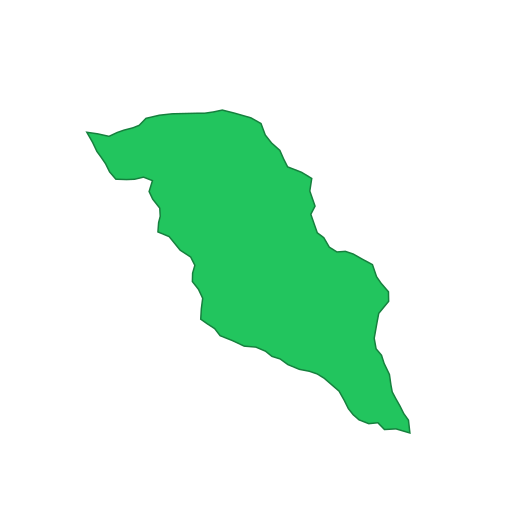 the district of Alvinlândia, São Paulo, Brazil, rotated 286°
{"feature_id": "56859067B75743484543184", "entity_name": "Alvinlândia", "entity_type": "district", "adm_level": 2, "iso_a3": "BRA", "parent_name": "Brazil", "parent_adm1": "São Paulo", "projection": "natural_earth1", "projection_center": [-49.762, -22.451], "detail": "fine", "context": "isolated", "style": "filled", "palette": "green", "viewbox_px": 512, "rotation_deg": 286, "n_neighbors": 0, "source": "geoboundaries", "source_scale": "gbopen_adm2", "svg_char_len": 1421}
<svg xmlns="http://www.w3.org/2000/svg" viewBox="0 0 512 512"><g transform="rotate(286 256 256)"><path d="M384.7,224.3L387.4,213.1L387.4,195.9L387.0,183.4L382.7,175.3L379.1,167.3L376.9,159.7L373.4,148.5L369.6,136.3L364.7,124.3L358.0,112.3L349.4,107.7L345.2,102.2L340.6,94.4L336.5,88.6L330.5,81.7L329.8,70.2L328.3,59.3L320.2,67.6L312.6,74.3L308.1,80.1L303.2,86.0L296.5,92.1L291.2,100.1L293.8,110.5L296.3,118.1L300.8,126.1L299.9,135.7L288.5,135.5L282.2,141.0L275.5,150.3L267.8,153.0L261.2,153.2L252.1,155.1L250.7,167.2L240.7,181.5L237.0,193.5L230.2,199.8L222.0,199.8L213.9,201.9L208.1,209.9L200.7,216.4L190.2,218.0L180.0,220.3L177.3,228.1L174.8,236.3L169.5,243.5L168.2,256.5L166.1,269.5L168.4,281.0L167.1,291.4L163.9,299.0L163.7,307.6L160.4,316.6L159.0,328.9L159.9,339.0L159.5,347.3L157.3,355.2L149.0,373.1L141.6,380.6L134.7,386.9L130.2,393.2L126.9,400.2L125.9,410.6L129.3,419.1L124.6,427.3L128.4,438.2L128.3,452.7L140.2,447.8L145.2,441.5L151.4,435.8L157.7,429.4L162.9,424.4L169.3,421.2L178.9,416.9L188.1,408.7L195.2,404.0L199.9,397.0L209.5,392.3L225.8,390.6L234.7,389.8L249.0,396.0L258.1,393.2L264.4,383.6L269.3,377.6L279.8,370.3L282.2,359.3L284.7,348.9L285.1,340.6L282.2,332.7L284.7,324.0L292.3,316.1L295.2,308.5L302.8,303.1L311.2,297.2L320.2,299.0L333.3,289.8L345.9,288.2L349.0,276.8L350.4,261.8L357.0,255.7L364.1,249.8L368.9,239.8L374.9,231.5L384.7,224.3Z" fill="#22c55e" stroke="#15803d" stroke-width="1.5"/></g></svg>